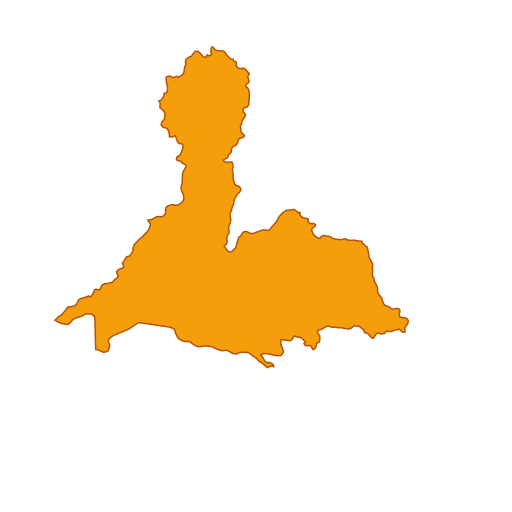 Nanuque, Minas Gerais, Brazil, rotated 120°
{"feature_id": "56859067B31729881403209", "entity_name": "Nanuque", "entity_type": "district", "adm_level": 2, "iso_a3": "BRA", "parent_name": "Brazil", "parent_adm1": "Minas Gerais", "projection": "albers", "projection_center": [-40.519, -17.735], "detail": "fine", "context": "isolated", "style": "filled", "palette": "amber", "viewbox_px": 512, "rotation_deg": 120, "n_neighbors": 0, "source": "geoboundaries", "source_scale": "gbopen_adm2", "svg_char_len": 6141}
<svg xmlns="http://www.w3.org/2000/svg" viewBox="0 0 512 512"><g transform="rotate(120 256 256)"><path d="M268.8,113.5L263.1,112.8L261.7,112.0L261.4,109.8L260.4,107.9L258.8,105.9L256.1,105.6L254.3,102.0L253.0,100.3L251.4,99.6L249.6,97.2L247.5,95.0L248.4,92.6L248.7,90.8L247.3,88.9L245.1,90.6L243.0,91.3L240.6,90.9L237.9,90.9L236.0,91.7L235.1,93.1L234.7,95.0L235.2,96.6L236.1,98.4L236.8,101.1L234.7,103.0L232.5,103.5L230.9,104.4L230.2,106.0L230.9,107.7L233.5,110.7L234.1,112.6L233.4,114.8L234.3,120.0L233.2,122.1L229.3,126.5L227.7,130.7L226.3,132.7L223.4,134.5L221.6,136.1L218.6,140.9L216.3,142.7L215.2,144.9L213.6,146.2L212.0,146.7L210.3,147.7L208.9,148.9L206.8,150.0L204.4,151.0L203.4,153.2L201.9,154.8L201.3,156.6L200.2,157.8L198.4,159.0L193.9,162.9L192.6,164.7L192.6,166.5L192.0,168.3L191.8,170.4L190.2,171.7L191.4,173.8L193.1,178.8L194.4,180.7L196.3,184.4L196.3,187.3L197.5,188.7L199.0,189.9L201.2,194.5L202.2,197.6L202.4,202.2L204.4,207.7L206.4,209.2L208.8,209.6L209.4,211.5L209.3,214.2L208.6,217.0L205.9,220.8L203.3,221.1L201.2,219.8L199.3,219.9L198.8,222.2L200.2,223.9L200.8,225.6L200.3,228.0L197.9,229.2L198.0,231.1L199.1,232.8L199.3,236.0L198.2,238.7L196.2,239.6L197.4,241.9L196.8,244.1L196.7,246.5L198.4,248.4L201.1,252.3L204.1,254.0L205.6,254.6L210.1,255.6L212.0,255.7L214.2,255.5L216.4,255.6L222.0,256.7L225.8,257.3L227.4,257.8L228.5,259.7L229.1,261.8L230.3,263.4L238.7,270.5L239.4,273.0L239.3,275.1L239.8,277.0L241.0,278.6L242.9,279.2L246.4,279.3L248.4,280.2L253.0,279.3L257.3,278.1L259.5,277.9L264.0,279.1L265.6,280.6L266.0,283.0L264.4,285.5L264.0,288.0L262.1,288.2L259.9,287.5L257.7,288.3L255.9,289.9L253.7,290.8L251.8,291.0L250.0,290.8L248.2,291.6L246.0,293.4L243.9,294.4L242.1,294.5L238.2,295.5L236.7,296.3L233.5,299.0L231.8,299.7L229.0,300.0L226.6,300.8L221.2,301.7L218.0,303.0L213.8,303.1L211.5,302.9L209.6,302.3L207.9,302.1L206.0,302.2L204.9,303.5L204.3,305.2L204.2,306.9L205.0,308.6L203.7,311.2L200.8,314.2L199.0,315.5L196.8,316.5L192.5,319.9L190.3,320.4L187.7,322.3L186.7,323.8L187.4,325.5L189.0,327.1L190.2,330.4L189.3,332.2L187.3,331.2L185.5,329.8L183.7,330.0L182.1,330.4L180.4,329.7L178.4,329.5L175.0,330.8L173.1,330.8L169.9,328.7L167.3,328.4L165.8,329.2L163.6,329.4L161.8,328.4L160.1,326.8L157.7,326.0L156.6,328.5L156.1,331.1L154.4,332.0L151.2,334.6L148.9,334.5L146.7,335.4L144.4,335.7L141.4,335.2L138.9,335.5L137.5,339.0L136.1,340.6L133.4,340.2L131.1,338.0L128.7,338.0L124.9,339.7L118.2,343.2L115.4,345.8L114.5,347.8L114.1,349.9L112.3,350.3L110.2,349.3L108.0,349.2L106.4,351.0L105.3,352.7L101.3,353.0L100.7,355.7L99.7,357.8L99.4,360.1L100.3,361.8L101.5,363.1L102.1,364.7L101.8,366.7L101.0,368.4L99.4,369.0L97.8,370.4L98.3,372.7L97.0,374.2L98.0,376.5L97.6,378.6L96.2,382.8L94.9,384.7L95.2,388.0L96.4,389.9L98.1,393.7L96.5,398.3L98.1,398.8L101.5,397.3L103.7,395.1L106.1,396.5L106.2,398.9L108.9,398.5L109.9,401.5L108.3,405.8L107.7,408.0L109.0,411.0L112.3,411.6L115.5,411.8L116.8,413.1L120.5,415.0L122.9,414.3L124.7,412.5L126.3,412.6L129.3,411.8L132.6,410.4L134.8,410.1L137.4,411.1L140.2,412.5L139.8,414.4L142.7,416.6L143.2,418.4L143.4,421.0L144.9,422.6L146.5,423.1L148.8,421.4L150.2,420.6L151.5,419.2L152.9,418.4L153.9,417.0L157.6,415.3L159.3,415.2L161.4,417.0L163.3,415.8L168.7,416.0L170.2,417.8L171.3,415.7L173.6,414.3L175.5,413.5L175.7,411.6L177.0,407.7L178.7,405.6L183.4,403.8L187.3,404.6L190.0,403.6L190.9,401.1L190.1,397.2L190.7,395.4L192.0,393.7L193.7,392.1L196.0,390.6L195.2,388.5L192.1,385.9L195.0,382.8L196.6,380.5L197.1,378.7L195.9,376.6L196.6,374.4L198.8,373.3L205.6,372.2L208.0,372.9L209.4,373.9L211.6,373.7L212.6,372.1L211.6,368.6L212.4,366.2L212.2,363.6L212.4,361.9L214.2,361.2L218.0,361.3L221.7,360.7L229.0,356.7L232.8,355.7L234.7,354.8L237.4,352.3L239.3,349.4L241.7,347.6L244.2,346.7L247.1,347.1L250.4,348.7L252.1,350.6L253.3,354.2L254.4,355.5L257.3,357.6L258.8,358.2L261.4,357.5L262.8,356.3L265.1,355.7L267.9,356.3L269.4,357.6L270.6,360.3L272.0,361.9L276.4,364.5L279.0,367.6L280.5,364.5L281.6,363.2L284.6,362.3L287.5,362.2L289.4,362.3L291.5,363.1L296.9,364.1L299.6,365.3L306.5,367.1L311.2,366.4L312.5,365.1L316.0,365.1L319.4,365.6L321.3,367.6L329.3,368.1L330.5,366.2L332.1,364.7L335.3,367.5L337.2,368.6L339.4,368.9L342.4,365.4L344.3,365.2L347.0,366.6L350.6,367.3L353.9,370.7L355.4,372.9L357.1,374.3L359.3,374.9L362.1,374.2L363.9,375.2L364.9,378.1L366.2,379.0L368.7,378.2L374.4,378.8L374.2,380.8L378.2,384.1L380.4,386.4L382.7,387.7L387.3,387.3L389.6,388.1L391.3,389.5L393.9,393.1L395.6,393.6L399.9,394.1L404.4,395.1L407.3,396.7L409.7,397.2L412.1,398.1L412.2,394.1L411.7,391.0L410.5,386.9L409.6,385.2L407.5,383.7L402.7,382.8L401.2,382.0L398.9,380.2L395.2,376.9L391.5,374.7L388.4,369.4L389.4,365.1L417.1,348.1L416.2,345.5L415.7,340.1L414.4,338.4L412.6,336.9L410.8,336.8L408.8,337.2L407.2,337.9L405.7,338.7L404.2,340.8L402.2,341.9L398.1,340.7L395.8,339.5L384.4,330.7L381.4,328.9L373.4,325.0L372.0,323.7L360.7,295.1L360.3,292.6L360.3,290.4L361.2,288.5L363.0,287.4L364.3,285.1L365.7,283.2L366.4,281.2L366.2,276.8L365.7,274.7L364.5,273.0L363.8,271.6L363.4,269.8L364.0,264.7L363.8,262.2L363.1,260.2L362.0,258.3L360.3,256.5L358.8,254.2L357.1,250.1L356.5,248.3L356.5,245.6L355.7,240.5L355.1,238.1L352.5,234.8L352.1,232.9L352.1,228.5L351.7,226.2L350.3,223.6L348.0,222.2L346.6,220.5L344.1,215.9L343.4,213.9L344.1,209.4L344.2,206.0L344.5,203.8L345.3,202.1L345.8,199.8L345.6,197.1L346.7,192.2L347.0,190.4L343.6,187.8L343.0,185.3L341.6,186.4L341.2,188.7L341.4,190.8L342.8,193.2L342.8,195.7L340.2,199.8L339.4,202.5L337.9,201.6L335.6,198.9L331.8,187.9L329.9,184.9L327.8,184.1L325.4,184.2L324.1,185.3L320.5,189.9L318.7,191.2L316.1,192.5L315.2,191.2L313.2,185.8L312.4,184.3L310.4,183.0L306.1,183.0L305.5,179.5L304.3,177.2L304.7,174.1L305.6,170.1L307.8,170.8L308.9,168.6L308.3,167.0L307.0,165.6L306.6,163.2L308.6,159.9L307.0,158.6L304.4,158.7L301.3,159.8L298.8,158.4L296.7,158.8L293.1,161.0L291.9,163.9L289.8,165.4L287.8,163.5L286.0,162.1L281.3,159.6L280.3,157.6L279.5,153.8L277.8,151.4L277.2,149.3L275.4,146.3L274.4,142.8L272.8,139.2L271.0,137.5L268.3,136.6L266.8,135.2L265.2,131.2L265.9,128.2L266.1,126.0L268.0,123.6L267.3,120.6L268.9,115.5L268.8,113.5Z" fill="#f59e0b" stroke="#b45309" stroke-width="1.5"/></g></svg>